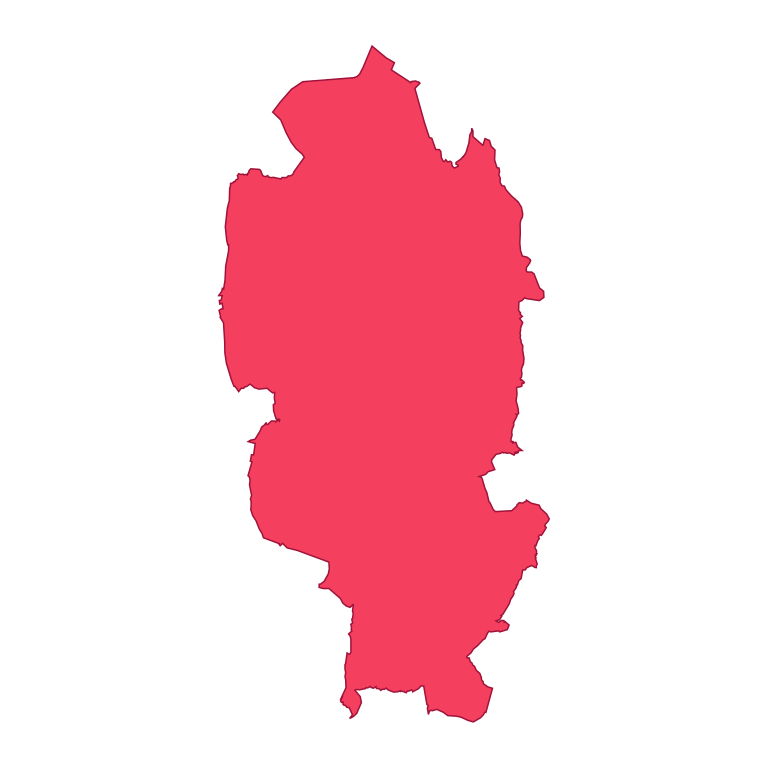 Ocoyucan, Puebla, Mexico (Equal Earth projection)
{"feature_id": "50627088B82486318160402", "entity_name": "Ocoyucan", "entity_type": "district", "adm_level": 2, "iso_a3": "MEX", "parent_name": "Mexico", "parent_adm1": "Puebla", "projection": "equal_earth", "projection_center": [-98.314, 18.93], "detail": "fine", "context": "isolated", "style": "filled", "palette": "rose", "viewbox_px": 768, "rotation_deg": 0, "n_neighbors": 0, "source": "geoboundaries", "source_scale": "gbopen_adm2", "svg_char_len": 6115}
<svg xmlns="http://www.w3.org/2000/svg" viewBox="0 0 768 768"><path d="M372.0,46.1L363.1,67.4L359.7,74.0L357.2,76.5L353.8,77.7L302.8,81.7L291.4,89.3L280.4,101.9L272.7,112.1L280.8,120.0L286.1,132.6L291.2,142.2L296.0,148.6L302.1,154.0L304.3,157.3L294.0,171.7L292.7,174.6L290.3,175.9L288.2,175.9L286.4,177.6L282.1,177.5L280.8,178.9L273.1,177.3L271.8,177.7L268.5,177.0L267.8,175.6L265.4,176.7L263.5,176.1L262.4,175.0L260.6,170.4L259.4,169.4L250.8,168.8L249.0,170.7L248.8,172.6L247.8,173.3L247.3,175.0L246.2,174.3L244.2,174.9L243.2,174.1L240.8,174.5L238.8,173.7L237.3,175.7L238.0,177.1L238.0,178.7L235.9,180.0L234.7,181.8L233.8,181.7L232.8,182.8L230.5,183.5L230.5,185.8L229.7,188.2L229.3,200.6L227.4,207.9L225.3,226.7L226.7,240.3L227.8,244.9L228.6,244.8L228.6,250.9L225.7,266.1L225.0,280.5L223.6,289.1L222.4,288.4L221.8,291.2L218.7,295.6L222.2,295.7L221.1,300.1L219.3,300.5L219.8,304.1L222.1,303.2L223.0,308.7L221.4,308.9L219.1,310.3L220.6,316.7L220.1,317.3L223.5,322.7L224.7,342.0L224.9,353.0L226.4,363.2L231.2,379.2L234.0,386.4L235.2,386.5L238.7,391.6L241.2,388.3L243.6,388.3L244.8,386.9L246.5,386.6L250.2,384.1L254.5,387.7L259.0,389.1L267.0,388.3L272.6,392.9L274.7,392.4L274.3,398.2L275.2,403.2L273.3,404.8L273.6,410.8L276.0,418.7L276.5,419.3L279.4,419.3L279.8,419.8L279.4,421.2L277.5,419.9L275.8,421.9L275.2,421.1L271.4,421.0L267.7,424.5L266.4,424.3L266.4,423.0L265.9,423.0L264.3,425.1L261.7,427.0L260.2,430.8L255.0,439.3L250.5,440.2L248.2,441.6L255.2,443.5L253.6,454.9L251.5,454.7L250.3,461.2L252.0,461.7L248.0,475.7L249.3,476.9L250.1,480.2L249.5,484.7L251.6,495.4L250.4,499.1L251.0,500.5L251.2,504.6L250.8,509.8L252.8,515.8L255.9,520.5L259.3,529.0L261.9,533.2L263.5,537.8L279.4,543.7L279.0,544.2L280.2,545.7L282.7,543.4L287.1,547.9L297.3,550.4L328.9,562.1L329.3,568.8L328.4,573.7L324.2,581.3L320.5,584.1L319.2,584.2L319.1,587.4L323.5,588.6L328.9,588.5L340.4,598.5L342.9,603.2L346.3,606.0L350.1,607.4L352.9,604.6L353.3,604.8L352.5,611.1L353.2,613.5L352.6,618.3L351.8,619.1L352.6,623.2L350.8,624.3L351.5,627.0L351.2,629.8L351.9,631.0L348.6,633.9L350.2,636.1L350.9,639.0L350.9,652.3L349.5,654.4L347.1,653.0L345.6,663.5L345.0,664.6L345.0,669.1L345.7,672.4L345.0,676.8L345.7,679.9L346.0,687.7L341.1,698.3L342.0,697.7L340.6,701.1L341.4,702.4L343.2,702.1L342.9,704.1L344.0,705.3L345.5,705.4L346.7,707.2L349.1,707.7L349.6,708.5L352.4,714.8L349.6,718.5L353.4,716.5L356.7,713.4L361.4,702.6L360.2,696.5L354.9,690.2L356.1,689.5L359.6,689.8L365.4,688.6L365.7,687.8L367.6,687.9L370.3,686.5L370.9,687.4L373.3,688.2L375.9,686.8L375.7,687.4L376.8,688.6L379.1,688.7L380.8,690.4L382.4,689.2L384.5,689.3L386.1,688.1L388.2,690.0L393.7,692.1L398.2,691.7L400.0,690.7L400.4,691.5L401.6,691.0L406.3,692.7L407.3,691.0L408.9,691.1L411.4,689.9L412.1,690.1L412.7,691.8L418.5,688.7L420.9,686.0L423.7,686.0L426.9,704.5L428.3,705.8L427.4,708.0L428.4,714.4L429.4,711.4L430.6,710.3L432.4,710.7L436.8,709.4L443.4,712.3L447.8,715.6L456.6,716.2L461.0,717.2L468.1,720.4L473.3,721.9L480.4,717.9L483.2,715.0L484.7,712.3L485.9,712.4L492.5,688.3L487.9,686.9L483.4,683.7L483.1,681.6L481.6,680.0L481.3,677.3L479.8,673.4L476.2,670.2L474.5,666.3L472.8,665.1L471.8,662.8L470.3,661.7L469.2,657.9L467.2,657.9L466.7,657.1L467.1,656.1L471.0,652.9L473.4,649.0L477.2,646.0L483.2,639.7L485.0,638.7L487.7,632.8L489.1,631.2L490.8,631.9L498.4,630.9L499.8,631.9L507.3,629.6L509.1,625.1L505.1,621.6L504.2,622.2L503.9,620.6L501.8,620.4L498.3,622.4L495.9,620.8L499.6,619.8L501.8,616.1L501.0,615.5L502.9,614.3L509.2,603.9L510.7,599.3L513.3,595.3L514.0,593.4L513.5,591.6L516.1,587.9L516.7,585.9L516.3,585.2L517.4,584.9L518.9,580.4L521.1,578.7L522.7,570.0L525.2,569.9L527.0,567.5L531.9,565.5L535.0,567.5L536.3,567.6L536.3,565.9L537.2,564.0L535.5,558.5L536.0,557.8L535.3,556.8L535.4,555.0L536.0,555.5L537.0,553.6L536.4,553.0L536.6,550.9L535.0,547.7L535.0,545.5L536.0,545.7L537.8,540.5L539.3,538.6L538.4,536.6L540.2,534.8L541.2,535.3L541.9,534.8L546.1,527.9L546.3,527.4L544.7,526.3L545.4,524.3L548.0,521.4L549.3,519.0L546.7,514.1L540.7,508.6L539.2,505.2L531.2,503.2L526.4,500.1L526.1,501.1L522.3,503.2L519.3,502.6L517.1,504.7L516.7,506.1L511.7,510.7L495.4,511.6L493.2,509.5L489.9,502.5L489.0,501.8L486.8,492.4L484.9,488.2L482.1,478.5L481.1,477.1L479.2,476.5L485.6,474.4L488.2,471.7L494.8,469.6L491.6,462.1L491.7,459.9L496.0,454.4L500.7,453.3L502.2,452.2L503.7,453.0L505.3,452.5L506.6,453.3L509.7,452.9L514.0,455.1L514.9,453.9L514.6,452.6L515.1,452.3L515.5,453.1L516.8,452.1L516.8,453.1L518.1,452.6L518.8,450.6L522.0,450.5L517.7,447.1L515.8,442.3L511.9,443.1L512.9,442.6L513.1,441.6L511.0,441.3L510.9,439.7L512.1,434.9L511.7,432.8L512.1,429.4L513.7,425.7L513.8,423.8L513.4,423.2L517.1,415.8L516.2,414.3L517.4,414.4L518.6,413.5L518.1,408.5L516.1,400.7L517.0,394.0L516.6,388.5L516.9,387.4L521.2,386.5L521.9,385.9L522.0,383.2L523.7,383.4L524.3,382.3L521.5,379.7L520.6,379.8L520.3,378.3L521.4,377.2L521.9,373.9L521.4,369.8L522.3,366.4L523.4,364.5L524.0,358.7L522.6,349.9L522.8,345.8L521.2,342.7L521.0,340.2L520.1,337.9L520.5,335.4L520.0,333.1L520.6,330.3L520.5,328.2L522.7,322.5L519.7,318.6L522.3,316.4L520.0,314.0L520.6,313.0L518.6,310.4L518.9,301.9L522.0,300.5L524.7,297.8L526.3,298.6L539.4,300.6L543.9,297.4L543.6,291.3L539.5,287.9L534.0,273.8L531.7,272.1L527.3,272.0L526.2,270.6L526.4,267.7L529.6,263.1L530.6,260.6L530.1,259.5L527.2,257.2L522.3,256.0L520.5,250.4L519.8,242.9L520.3,233.1L520.1,223.8L520.8,220.1L522.4,217.0L522.7,213.8L521.4,207.2L518.1,201.9L511.1,195.6L506.0,189.8L504.4,186.1L502.0,185.7L500.1,182.5L500.2,178.1L498.8,174.7L499.6,171.7L499.0,168.0L497.0,167.7L494.6,160.0L495.0,150.0L491.2,146.3L489.5,140.5L485.0,138.6L483.0,145.2L482.4,144.9L473.0,136.7L472.9,130.7L471.7,128.2L471.6,131.7L469.9,134.7L468.9,143.1L466.0,152.6L463.6,156.5L463.4,156.2L461.0,159.0L456.0,162.5L456.0,164.2L458.4,165.3L458.0,166.4L454.3,168.0L452.2,166.1L451.6,162.3L450.2,161.2L447.7,162.0L445.8,159.7L444.4,161.6L443.2,161.2L441.4,157.7L440.8,151.5L439.4,149.6L435.7,149.5L431.8,138.3L429.3,137.5L424.5,122.8L414.9,88.4L419.9,83.3L419.4,82.4L415.4,81.0L411.4,81.5L410.7,82.6L391.4,69.9L394.4,62.7L386.2,57.9L372.0,46.1Z" fill="#f43f5e" stroke="#9f1239" stroke-width="1.5"/></svg>